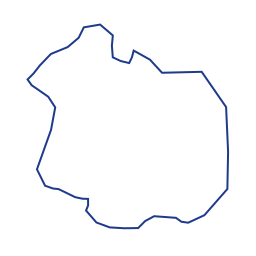 the Metropolitan City of Daegu, rotated 95°
{"feature_id": "KOR-2504", "entity_name": "Daegu", "entity_type": "Metropolitan City", "adm_level": 1, "iso_a3": "KOR", "parent_name": "South Korea", "parent_adm1": "", "projection": "orthographic", "projection_center": [128.628, 35.889], "detail": "fine", "context": "isolated", "style": "outline", "palette": "blue", "viewbox_px": 256, "rotation_deg": 95, "n_neighbors": 0, "source": "natural_earth", "source_scale": "10m", "svg_char_len": 674}
<svg xmlns="http://www.w3.org/2000/svg" viewBox="0 0 256 256"><g transform="rotate(95 128 128)"><path d="M180.1,23.7L208.2,44.3L217.1,59.8L216.7,66.7L213.3,72.4L213.6,94.3L219.2,102.8L226.8,109.2L228.2,122.9L228.6,137.6L224.9,151.2L213.9,162.6L208.6,161.0L202.1,161.6L202.4,167.3L201.5,174.6L194.9,191.9L194.8,197.5L192.7,205.6L177.1,215.1L136.5,204.5L113.8,202.3L103.8,210.2L93.8,227.7L88.4,232.3L82.0,226.9L73.4,221.3L61.0,211.3L52.6,195.1L42.4,185.0L31.6,180.8L27.4,164.8L37.1,151.2L47.6,151.2L58.9,149.3L61.9,141.2L63.2,132.5L57.1,130.2L50.4,129.1L58.0,112.1L70.0,98.9L65.6,59.5L98.6,32.1L143.1,26.2L180.1,23.7Z" fill="none" stroke="#1e3a8a" stroke-width="2"/></g></svg>